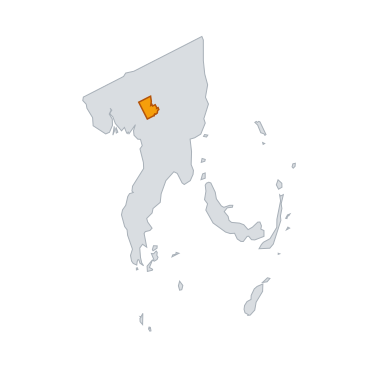 Nipa/Kutubu District, Southern Highlands, Papua New Guinea shown in context, rotated 63°
{"feature_id": "67681753B17262942847842", "entity_name": "Nipa/Kutubu District", "entity_type": "district", "adm_level": 2, "iso_a3": "PNG", "parent_name": "Papua New Guinea", "parent_adm1": "Southern Highlands", "projection": "robinson", "projection_center": [143.536, -6.456], "detail": "fine", "context": "in_parent", "style": "filled", "palette": "amber", "viewbox_px": 384, "rotation_deg": 63, "n_neighbors": 0, "source": "geoboundaries", "source_scale": "gbopen_adm2", "svg_char_len": 4413}
<svg xmlns="http://www.w3.org/2000/svg" viewBox="0 0 384 384"><g transform="rotate(63 192 192)"><path d="M58.1,245.7L58.0,200.5L55.9,197.1L58.0,189.0L57.9,112.6L61.7,112.9L80.2,122.3L92.7,127.1L103.6,129.4L113.7,137.0L121.1,137.4L132.1,148.2L136.6,148.9L144.4,157.9L144.9,165.1L144.0,169.7L155.9,174.1L167.2,180.3L173.4,180.9L176.8,183.1L181.1,188.4L181.8,195.5L179.4,196.7L168.7,196.7L165.7,199.0L170.0,210.1L179.6,220.3L186.8,225.0L189.0,234.2L192.6,237.1L195.0,244.4L198.7,245.1L206.1,244.0L207.2,247.0L206.1,251.6L207.2,253.5L220.6,257.4L216.1,259.8L218.2,264.0L226.9,267.6L232.4,269.0L235.7,268.6L231.8,270.7L228.4,270.1L227.7,270.7L229.2,272.5L232.0,274.4L229.0,276.8L226.1,277.2L220.6,275.6L215.9,271.0L201.3,269.0L196.2,267.0L192.2,267.7L180.3,265.2L176.4,262.0L173.8,257.1L166.8,251.2L165.1,248.4L165.8,244.5L163.9,245.1L159.8,242.3L149.1,224.4L143.6,221.9L130.0,218.8L128.1,215.3L121.7,214.0L120.3,216.3L115.1,217.9L110.7,216.2L106.3,211.8L111.5,221.7L109.6,221.7L110.5,223.2L109.5,223.4L103.8,222.9L105.5,227.0L96.2,229.2L89.2,228.4L85.9,229.4L84.5,229.3L82.7,226.3L80.2,226.9L82.3,226.9L85.0,230.4L90.8,229.9L96.5,232.6L101.3,238.4L101.1,242.5L88.1,250.0L80.6,246.8L69.7,247.6L65.8,246.4L60.9,247.8L58.1,245.7ZM253.7,145.5L256.3,147.5L259.0,145.4L264.2,148.0L263.2,157.8L261.5,160.6L257.1,161.6L256.6,163.0L259.4,168.8L258.2,170.9L254.4,173.0L248.1,172.8L246.4,176.8L242.9,180.3L229.2,187.3L214.4,187.9L209.6,183.5L204.5,184.3L197.6,179.2L191.9,177.1L190.7,175.2L190.9,172.6L192.5,171.1L202.7,171.4L209.2,173.4L217.7,172.2L220.1,170.6L221.0,164.3L222.4,161.7L223.9,162.9L222.1,167.8L224.1,172.2L230.1,170.9L234.0,171.9L237.0,170.6L241.3,163.8L244.7,160.7L251.0,159.1L250.8,154.1L248.7,147.1L249.6,145.1L253.7,145.5ZM328.1,196.0L327.3,198.2L326.9,197.5L323.7,199.6L320.2,198.9L317.0,196.7L314.6,192.7L314.5,188.2L311.0,186.2L306.6,180.5L305.7,176.8L306.1,170.6L312.6,174.2L319.3,184.9L325.7,189.7L328.1,196.0ZM277.4,148.2L273.0,158.0L270.3,154.0L269.2,151.2L269.0,143.7L262.0,132.5L254.8,128.7L240.1,117.1L234.3,115.2L235.8,114.7L235.8,111.8L243.0,117.9L247.5,119.4L253.5,124.1L257.6,125.7L275.3,143.2L277.4,148.2ZM160.5,99.6L174.4,100.0L174.6,101.3L172.8,101.5L170.4,103.8L162.1,103.1L158.5,104.4L158.3,102.7L159.6,102.2L159.4,100.4L160.5,99.6ZM230.0,250.4L232.5,252.1L234.7,251.9L236.3,253.8L236.5,257.0L235.6,257.7L235.0,256.7L228.3,256.1L229.6,254.3L228.3,250.7L230.0,250.4ZM228.8,113.6L223.9,113.6L220.2,109.8L225.0,108.0L228.6,109.7L228.8,113.6ZM239.9,264.2L243.0,262.2L243.7,262.9L242.5,267.8L237.7,265.7L234.4,257.8L239.9,264.2ZM265.8,243.5L271.1,242.6L273.6,244.7L274.4,245.5L273.9,247.6L269.4,246.7L265.8,243.5ZM277.8,290.9L287.7,296.2L284.0,297.1L280.9,295.7L280.5,294.4L279.3,294.8L279.9,293.9L277.8,290.9ZM185.1,178.4L180.7,174.3L181.0,171.6L185.7,174.0L185.1,178.4ZM226.7,253.4L225.4,253.5L222.4,250.7L224.2,247.5L226.2,248.7L226.7,253.4ZM304.6,170.3L302.7,163.7L304.4,161.8L306.1,165.9L304.6,170.3ZM169.8,170.3L166.7,167.8L169.0,165.4L170.4,166.6L169.8,170.3ZM216.7,91.0L215.0,91.4L212.7,89.3L213.3,86.9L215.9,88.5L216.7,91.0ZM149.6,154.1L147.7,156.5L146.5,154.7L148.5,152.1L149.6,154.1ZM240.7,231.4L240.7,239.3L239.3,237.8L240.0,234.5L238.6,233.6L240.7,231.4ZM102.5,233.5L105.4,236.7L98.2,231.5L102.5,233.5ZM105.1,232.7L101.1,231.4L100.3,230.4L105.0,230.9L105.1,232.7ZM297.1,291.6L296.9,292.7L294.3,292.9L292.5,291.3L294.2,291.7L293.9,290.6L297.1,291.6ZM268.5,121.4L268.6,125.1L266.8,122.5L268.5,121.4ZM258.8,119.5L258.0,120.5L256.2,117.9L256.5,117.4L258.8,119.5ZM236.5,275.3L236.2,276.9L234.5,276.1L234.7,275.1L236.5,275.3ZM257.2,116.7L255.8,117.1L256.0,114.6L257.2,116.7ZM181.8,105.2L181.9,107.0L180.0,106.6L181.8,105.2ZM286.9,141.9L286.7,143.5L285.7,143.0L286.9,141.9Z" fill="#d9dde1" stroke="#a8b0b8" stroke-width="1"/><path d="M103.7,185.4L103.5,184.2L103.1,184.2L102.8,184.1L102.3,184.0L101.4,183.9L101.4,185.5L100.8,185.1L97.5,185.2L97.5,187.4L97.5,188.0L95.6,188.0L96.2,188.8L96.2,189.5L92.8,187.1L87.8,185.4L87.8,189.6L87.8,198.7L94.5,198.7L106.1,198.7L106.7,198.7L106.7,192.5L106.7,191.3L106.7,191.2L106.5,190.9L106.4,190.9L106.2,190.7L106.3,190.6L106.2,190.5L106.3,190.5L106.2,190.4L106.1,190.2L105.9,190.1L105.7,190.0L105.6,189.9L105.6,189.7L105.7,189.4L105.9,189.4L106.0,189.2L106.2,188.9L106.2,188.7L106.1,188.4L106.0,188.2L106.0,187.9L106.0,187.7L105.9,187.2L105.6,186.8L105.1,186.6L104.3,186.0L103.7,185.4Z" fill="#f59e0b" stroke="#b45309" stroke-width="1.5"/></g></svg>